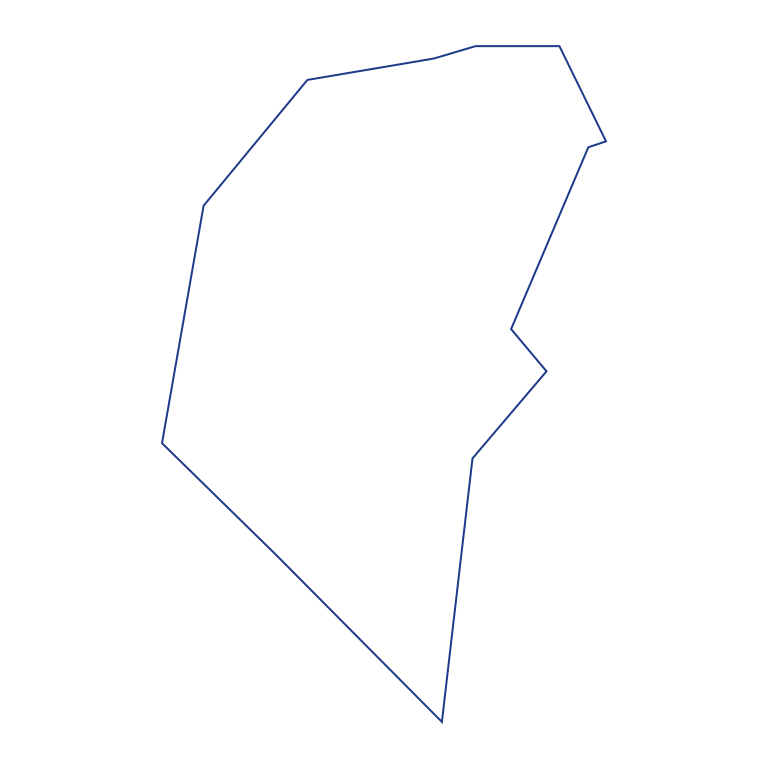 Centar, Albers equal-area conic projection
{"feature_id": "MKD-2923", "entity_name": "Centar", "entity_type": "Municipality", "adm_level": 1, "iso_a3": "MKD", "parent_name": "North Macedonia", "parent_adm1": "", "projection": "albers", "projection_center": [21.428, 41.971], "detail": "fine", "context": "isolated", "style": "outline", "palette": "blue", "viewbox_px": 768, "rotation_deg": 0, "n_neighbors": 0, "source": "natural_earth", "source_scale": "10m", "svg_char_len": 290}
<svg xmlns="http://www.w3.org/2000/svg" viewBox="0 0 768 768"><path d="M559.4,46.1L606.0,141.3L588.3,147.3L511.1,329.1L546.5,371.3L472.5,458.4L441.9,721.9L276.2,555.0L162.0,443.2L203.6,205.7L307.4,79.9L433.9,58.5L475.7,46.1L559.4,46.1Z" fill="none" stroke="#1e3a8a" stroke-width="2"/></svg>